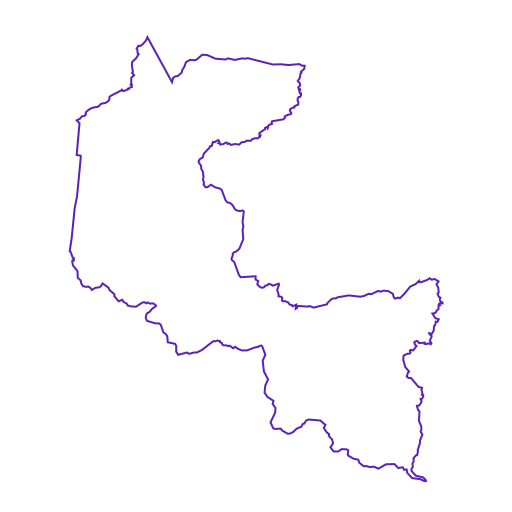 the district of São Miguel do Guaporé, Rondônia, Brazil, rotated 186°
{"feature_id": "56859067B22214144966300", "entity_name": "São Miguel do Guaporé", "entity_type": "district", "adm_level": 2, "iso_a3": "BRA", "parent_name": "Brazil", "parent_adm1": "Rondônia", "projection": "albers", "projection_center": [-63.108, -11.621], "detail": "fine", "context": "isolated", "style": "outline", "palette": "violet", "viewbox_px": 512, "rotation_deg": 186, "n_neighbors": 0, "source": "geoboundaries", "source_scale": "gbopen_adm2", "svg_char_len": 5981}
<svg xmlns="http://www.w3.org/2000/svg" viewBox="0 0 512 512"><g transform="rotate(186 256 256)"><path d="M448.5,372.2L445.4,369.6L444.9,337.7L440.9,337.5L440.6,336.1L440.2,296.8L441.3,284.9L441.2,254.1L441.8,241.3L440.8,240.7L438.1,235.2L437.1,235.1L436.7,232.6L438.0,232.7L438.2,231.2L437.1,227.6L431.9,222.2L431.0,215.7L427.8,213.4L427.0,210.7L425.0,207.9L421.4,207.5L419.8,208.2L417.0,206.7L415.7,205.1L412.4,207.6L408.5,208.5L407.0,209.8L405.8,212.7L399.3,209.0L398.2,206.9L392.8,203.1L392.7,201.2L387.9,196.6L384.4,198.5L383.0,196.5L379.7,195.2L378.4,193.4L375.0,192.8L370.1,193.0L364.0,197.9L362.0,198.4L360.3,197.4L358.8,198.5L356.6,197.6L353.5,198.1L350.9,196.9L350.2,195.8L353.9,192.5L356.2,189.0L358.0,188.0L359.0,186.0L359.2,182.9L357.6,180.1L349.2,178.5L345.2,178.8L343.4,177.5L340.1,170.3L337.7,169.1L335.9,167.0L334.7,161.0L327.4,160.2L325.9,158.3L325.4,152.6L323.1,149.6L314.6,152.8L312.3,151.7L307.5,153.6L304.6,153.9L299.8,157.0L289.5,166.9L287.7,166.8L285.7,167.9L283.0,167.6L282.8,166.5L281.0,166.0L280.1,164.2L279.0,163.8L275.5,164.0L274.3,163.4L272.5,164.0L269.1,161.8L267.2,163.6L264.2,161.8L260.0,160.6L255.0,161.2L247.7,164.9L244.2,165.9L243.6,166.7L241.6,167.5L240.5,167.1L236.4,158.7L238.4,152.6L236.1,142.1L231.1,134.5L233.2,128.2L233.2,121.0L230.0,117.1L223.5,113.8L224.0,110.6L220.7,106.8L220.6,102.1L224.2,92.1L220.8,86.4L219.1,86.0L213.3,86.9L212.0,85.3L205.8,82.5L203.3,83.1L200.7,84.8L197.4,88.6L193.0,91.0L191.9,94.0L190.4,94.4L189.0,97.5L187.5,98.4L186.3,98.9L174.8,99.1L169.3,95.3L170.5,92.5L170.2,91.5L166.8,87.6L164.7,86.6L164.7,84.6L160.9,81.2L159.8,77.6L162.0,73.5L158.5,69.8L154.0,70.1L150.5,72.9L145.7,73.2L143.9,72.3L144.0,68.0L143.4,67.1L137.5,64.5L133.7,64.3L132.6,63.5L131.8,61.3L127.1,58.2L124.3,58.6L121.0,58.0L116.7,58.8L112.1,57.3L104.8,62.5L96.6,63.5L92.3,60.0L87.9,61.2L86.3,58.8L83.9,59.5L82.8,56.0L77.4,51.4L69.5,51.3L65.0,49.7L63.5,50.0L64.2,51.4L66.8,53.3L74.1,54.2L78.9,58.5L79.1,60.4L78.0,62.8L78.7,66.2L77.7,68.0L78.2,71.5L75.9,74.6L74.9,74.9L74.5,78.5L74.9,79.7L73.5,86.5L73.5,90.1L71.9,95.8L73.9,98.6L73.4,100.3L73.8,103.8L76.8,109.2L77.1,118.4L78.8,119.9L80.3,123.8L78.1,124.4L76.8,126.7L76.1,128.7L77.4,131.0L75.9,131.5L75.0,134.0L75.2,135.2L76.5,135.4L76.1,136.7L77.4,140.2L77.1,142.3L80.7,142.8L89.1,150.9L91.7,150.7L93.4,151.8L92.8,155.6L91.7,157.2L95.9,161.1L98.7,168.1L98.8,172.5L95.2,174.6L93.2,174.9L92.3,175.8L93.1,178.0L92.4,178.8L89.9,178.5L87.5,182.3L87.0,183.4L88.3,184.1L89.6,186.7L88.8,187.5L87.4,188.3L85.8,187.8L84.8,186.4L79.1,187.5L79.2,186.3L77.8,186.1L75.0,187.2L73.0,186.4L72.4,187.7L74.3,189.9L73.0,193.9L73.7,195.8L71.5,200.2L71.6,204.9L70.7,205.9L70.3,209.6L68.6,209.5L67.7,212.2L71.1,212.9L74.6,217.2L71.7,218.1L70.4,220.9L68.9,222.3L69.3,225.4L67.9,226.2L69.1,227.1L68.5,228.1L65.5,228.4L65.8,229.4L67.3,229.6L68.4,231.0L68.7,232.4L68.2,233.8L69.9,234.5L71.5,237.3L70.5,238.7L71.4,243.4L73.5,246.7L71.8,249.8L76.0,251.8L78.7,250.8L81.1,252.0L83.4,250.0L89.4,247.1L90.7,247.1L91.1,248.4L94.3,244.8L99.4,241.7L104.5,233.9L108.5,229.0L110.4,229.5L113.0,228.2L114.6,229.1L115.9,232.6L120.5,234.8L125.3,234.9L128.4,233.6L130.9,234.0L137.5,230.0L140.0,230.2L144.5,227.5L148.1,226.4L159.6,226.5L170.7,223.4L171.9,222.3L174.8,221.9L176.7,220.7L179.9,216.9L180.3,215.4L193.3,210.7L197.5,211.8L199.2,211.1L208.8,210.7L209.8,209.7L209.8,208.6L211.0,207.7L210.9,211.8L214.3,209.8L215.1,210.9L217.4,211.2L219.0,213.1L222.5,214.2L224.7,213.7L225.6,214.7L225.4,216.9L226.5,218.0L229.5,218.3L229.5,220.1L231.4,224.6L230.0,230.0L230.6,230.9L236.2,228.2L238.8,229.5L240.5,229.6L241.3,228.3L243.4,227.6L244.9,225.6L246.9,225.0L249.1,225.8L251.7,227.8L251.2,231.3L254.0,232.6L254.3,235.8L269.0,233.3L270.9,235.2L277.0,247.7L279.7,249.6L280.1,250.8L279.1,254.3L279.4,255.8L278.4,257.3L275.9,258.6L273.4,261.3L270.4,271.4L272.0,280.1L271.7,284.4L272.9,288.2L272.8,299.0L274.0,299.9L276.6,299.0L280.0,299.3L281.7,300.2L284.9,304.4L287.4,306.0L290.2,306.4L292.1,308.2L296.9,317.9L298.6,319.2L303.6,320.0L308.3,322.2L311.4,319.5L313.4,319.1L315.7,321.8L315.4,323.6L316.8,326.5L316.4,329.0L317.6,334.1L319.6,337.0L320.0,339.9L322.6,342.9L323.0,344.4L321.7,346.8L319.4,348.3L318.5,352.5L313.6,358.8L313.3,360.2L311.5,360.9L310.7,365.0L309.1,364.9L306.1,367.2L305.1,367.1L304.2,365.2L305.1,364.4L303.8,364.1L303.3,363.1L300.1,363.9L298.0,365.7L296.7,365.6L295.9,364.5L294.4,365.1L292.7,363.9L288.3,365.2L284.4,365.0L282.2,367.6L279.2,368.2L277.4,369.7L273.2,370.0L272.2,371.6L269.4,373.0L266.9,373.1L264.5,374.9L264.2,376.4L265.2,376.2L265.4,378.8L260.0,383.3L260.4,384.3L258.3,385.7L257.7,384.5L257.0,387.5L253.9,389.2L254.5,390.4L254.1,391.7L243.0,394.8L241.7,396.4L242.0,397.8L239.0,399.8L236.3,400.6L235.8,401.7L237.6,404.3L237.3,405.7L234.7,407.5L233.3,407.6L233.3,409.1L229.9,410.9L229.9,413.6L230.7,414.4L231.1,416.6L230.2,418.5L228.8,418.8L228.1,420.2L228.2,422.5L229.4,422.4L230.2,424.7L229.3,425.6L229.8,426.6L230.8,426.1L231.6,428.1L230.0,430.1L230.4,432.3L232.8,434.4L231.1,437.5L230.8,442.1L230.0,442.9L230.6,443.8L227.6,447.2L227.5,450.3L230.7,450.2L232.8,451.4L243.8,449.3L251.4,449.3L259.2,448.2L284.8,451.9L288.5,450.9L290.1,451.2L297.5,448.8L304.5,449.6L307.0,448.2L317.0,448.0L325.7,450.8L330.6,450.5L335.6,445.1L337.4,444.3L342.2,444.1L345.9,441.4L347.1,436.6L348.7,433.5L349.1,430.6L352.7,426.7L354.8,426.3L357.0,424.7L357.7,420.1L386.9,462.3L387.9,458.8L390.9,454.7L393.1,452.7L394.8,452.9L395.5,451.6L396.4,449.7L395.6,449.0L394.9,445.1L393.8,444.5L396.1,439.9L399.4,436.1L399.5,433.1L397.7,426.2L398.4,425.2L396.1,423.0L398.5,420.4L398.7,419.4L398.1,415.0L398.5,413.3L397.4,413.3L397.1,411.1L399.4,410.1L399.9,408.7L401.0,409.0L401.7,407.8L404.8,406.2L406.7,407.3L406.9,406.3L407.8,406.3L417.3,400.0L418.4,398.8L418.2,396.2L419.3,394.4L421.7,392.5L425.9,391.3L428.4,388.1L434.7,386.1L437.0,384.5L439.8,381.8L440.4,380.2L439.9,379.1L441.3,377.3L443.8,376.7L445.4,374.1L448.5,372.2ZM73.7,195.8L75.1,196.1L75.6,197.3L74.5,197.1L73.7,195.8Z" fill="none" stroke="#5b21b6" stroke-width="2"/></g></svg>